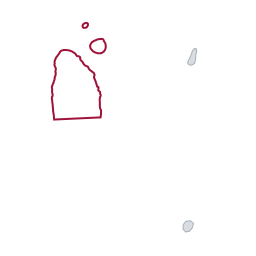 location of North Ari, Maldives, rotated 356°
{"feature_id": "70690204B20684534310008", "entity_name": "North Ari", "entity_type": "district", "adm_level": 2, "iso_a3": "MDV", "parent_name": "Maldives", "parent_adm1": "", "projection": "orthographic", "projection_center": [72.851, 4.166], "detail": "fine", "context": "in_parent", "style": "outline", "palette": "rose", "viewbox_px": 256, "rotation_deg": 356, "n_neighbors": 0, "source": "geoboundaries", "source_scale": "gbopen_adm2", "svg_char_len": 4468}
<svg xmlns="http://www.w3.org/2000/svg" viewBox="0 0 256 256"><g transform="rotate(356 128 128)"><path d="M199.0,68.1L195.9,69.8L193.0,69.1L192.0,67.0L193.5,63.9L195.9,59.9L197.6,55.6L200.0,53.2L201.9,54.0L201.7,56.4L200.8,59.8L200.2,64.1L199.0,68.1ZM182.0,235.4L178.2,235.7L175.8,232.7L176.4,228.2L179.3,225.1L184.0,224.9L186.7,227.7L185.3,232.0L182.0,235.4Z" fill="#d9dde1" stroke="#a8b0b8" stroke-width="1"/><path d="M101.4,115.5L101.5,114.8L101.6,114.2L101.7,113.6L101.9,113.0L102.1,112.7L102.1,111.9L102.1,111.3L102.2,110.5L102.2,110.1L102.3,109.7L102.3,109.3L102.3,108.9L102.3,108.6L102.3,108.4L102.3,108.2L101.8,107.1L101.6,106.5L101.5,106.0L101.5,105.5L101.5,105.0L101.4,104.2L101.4,103.8L101.5,103.4L101.5,102.9L101.6,102.0L101.7,101.3L101.7,100.7L101.7,100.0L101.7,99.4L101.7,98.7L101.7,98.0L101.8,97.3L102.0,96.7L102.0,96.0L102.2,95.5L102.4,94.9L102.8,94.4L103.0,93.8L103.0,92.9L102.7,92.2L102.5,91.7L102.7,90.9L102.7,90.3L102.6,89.9L102.0,89.4L101.3,88.8L101.1,88.5L100.9,87.9L101.1,87.2L101.3,86.7L101.4,86.1L101.4,85.5L101.0,84.8L100.8,84.7L100.3,84.7L100.1,84.2L99.9,83.4L99.7,82.6L99.6,81.9L99.4,81.2L99.3,80.7L99.2,80.4L98.9,79.2L98.7,78.5L98.6,78.1L98.2,77.3L98.2,77.1L98.1,76.6L97.8,75.8L97.6,75.2L97.6,74.7L97.9,74.0L98.2,73.3L98.3,72.8L98.3,72.2L97.7,70.7L97.0,70.1L96.4,69.6L95.8,68.9L95.3,68.5L94.8,68.2L94.2,67.7L93.8,67.2L93.4,66.6L93.0,65.9L92.7,65.3L92.6,64.7L92.4,64.3L92.1,63.9L91.4,63.6L90.8,63.4L90.5,63.2L89.4,62.5L88.8,61.8L88.5,61.4L88.2,60.9L88.0,60.7L87.9,60.4L87.7,60.0L87.7,59.8L87.5,59.5L87.4,59.2L87.2,58.9L87.0,58.6L86.8,58.4L86.5,58.1L86.3,57.8L85.9,57.4L85.6,57.0L85.4,56.7L85.2,56.3L85.1,55.9L85.1,55.6L85.1,55.1L85.2,54.7L85.3,54.3L85.0,53.8L84.7,53.5L83.8,53.0L83.4,52.9L82.8,52.9L82.3,52.7L81.9,52.4L81.5,51.9L81.4,51.5L80.9,50.6L80.3,49.8L79.5,49.2L78.7,48.7L78.0,48.1L76.9,47.4L75.7,46.9L74.9,46.6L73.8,46.3L73.0,46.1L72.0,45.9L71.1,45.8L70.5,45.7L69.8,45.7L68.9,45.8L68.0,46.0L67.3,46.1L66.9,46.2L66.3,46.6L65.9,46.9L65.6,47.2L65.2,47.8L64.7,48.6L64.6,48.8L64.3,49.1L64.0,49.5L63.7,49.8L63.4,50.2L63.0,50.7L62.7,51.1L62.2,51.6L61.8,52.0L61.5,52.4L61.0,53.0L60.7,53.7L60.4,54.3L60.1,54.8L59.7,55.6L59.5,56.4L59.3,57.0L59.3,57.4L59.3,57.8L59.3,58.0L59.3,58.3L59.4,58.5L59.2,59.1L59.1,59.5L59.0,60.0L59.2,60.7L59.3,61.1L59.5,61.7L59.6,62.0L59.8,62.4L59.9,62.6L60.0,63.0L60.1,63.4L60.2,63.7L60.1,64.1L60.0,64.7L59.9,65.2L59.7,66.0L59.5,66.6L59.5,67.1L59.7,67.4L59.7,68.0L59.7,68.4L59.6,68.9L59.6,69.3L59.5,69.7L59.4,70.2L59.4,70.5L59.1,70.9L59.0,71.2L58.8,71.5L58.6,71.8L58.4,72.3L58.4,72.8L58.3,73.2L58.3,73.6L58.3,73.9L58.1,74.3L58.0,74.7L57.8,75.3L57.5,75.8L57.2,76.3L57.1,76.8L56.9,77.3L56.9,77.8L56.6,78.2L56.3,78.6L56.1,78.9L55.8,79.4L55.7,79.8L55.5,80.1L55.4,80.4L55.3,80.7L55.2,81.0L55.0,81.3L54.9,81.8L54.9,82.3L54.9,82.7L55.0,83.3L55.0,83.7L55.1,84.0L55.0,84.6L54.9,85.2L54.9,85.6L54.8,85.8L54.8,86.1L54.8,86.4L54.8,87.0L54.8,87.5L54.9,88.0L55.0,88.4L55.1,88.9L55.1,89.2L55.1,89.7L55.1,90.2L55.1,90.6L55.0,90.9L54.8,91.0L54.6,91.3L54.3,91.7L54.2,92.1L54.1,92.5L54.1,92.9L54.2,93.4L54.1,94.0L54.2,94.6L54.3,95.2L54.3,95.8L54.3,96.0L54.3,97.0L54.3,97.3L54.3,97.8L54.4,98.4L54.4,99.0L54.5,99.5L54.5,100.1L54.4,100.6L54.5,101.0L54.4,101.9L54.5,102.6L54.5,103.3L54.5,104.0L54.5,104.8L54.5,105.4L54.5,105.9L54.5,106.4L54.6,107.1L54.6,107.7L54.7,108.2L54.8,108.9L54.8,109.4L54.8,109.8L54.8,110.1L54.9,110.5L54.9,111.0L54.9,111.4L54.9,111.7L54.9,111.9L54.9,112.1L54.9,112.3L54.9,112.6L54.9,112.8L54.9,113.0L54.9,113.3L54.9,113.7L54.9,114.2L54.9,114.4L101.4,115.5ZM111.5,44.4L111.5,43.7L111.4,42.9L111.3,42.0L110.9,41.2L110.6,40.7L110.3,40.0L109.9,39.2L109.8,38.7L109.7,38.4L109.5,38.1L109.1,37.6L108.4,37.3L107.7,37.3L107.1,37.3L106.3,37.3L105.7,37.3L105.1,37.4L104.6,37.4L104.0,37.5L103.5,37.6L103.0,37.7L102.5,37.9L102.0,38.2L101.5,38.3L100.7,38.6L100.2,38.7L99.7,39.0L99.1,39.3L98.5,39.7L97.9,40.0L97.4,40.7L96.9,41.3L96.5,41.9L96.2,42.4L96.0,43.1L95.9,43.9L96.0,44.6L96.1,45.4L96.4,46.3L97.0,47.2L97.6,48.0L98.1,48.6L98.5,49.0L99.1,49.5L99.8,49.8L100.4,50.3L101.0,50.6L102.2,51.0L102.9,51.3L103.7,51.4L104.6,51.5L105.2,51.5L106.2,51.6L106.9,51.3L107.7,51.0L108.3,50.6L109.2,50.1L109.8,49.3L110.3,48.7L110.8,47.9L111.2,46.8L111.4,46.0L111.5,45.2L111.5,44.4ZM95.2,21.1L95.0,20.9L94.3,20.3L93.7,20.3L93.0,20.3L92.2,20.5L91.1,21.0L90.5,21.5L90.0,22.3L89.7,23.2L89.8,23.5L90.0,24.4L90.5,24.9L91.6,25.1L93.0,25.0L94.0,24.5L94.5,23.9L95.1,22.9L95.3,22.0L95.2,21.1Z" fill="none" stroke="#9f1239" stroke-width="2"/></g></svg>